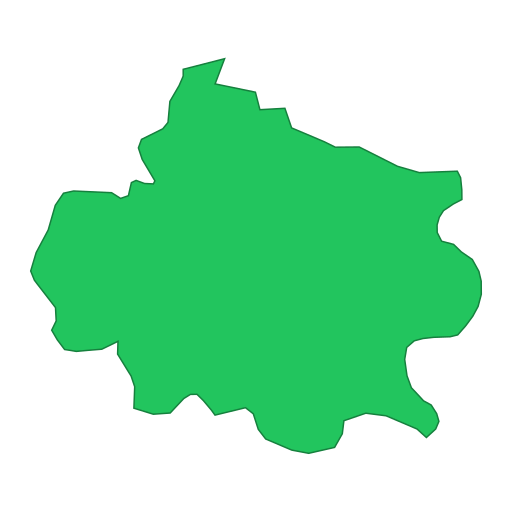 Spitak, Lori, Armenia (Albers equal-area conic projection)
{"feature_id": "60910142B40000384571079", "entity_name": "Spitak", "entity_type": "district", "adm_level": 2, "iso_a3": "ARM", "parent_name": "Armenia", "parent_adm1": "Lori", "projection": "albers", "projection_center": [44.201, 40.853], "detail": "fine", "context": "isolated", "style": "filled", "palette": "green", "viewbox_px": 512, "rotation_deg": 0, "n_neighbors": 0, "source": "geoboundaries", "source_scale": "gbopen_adm2", "svg_char_len": 1501}
<svg xmlns="http://www.w3.org/2000/svg" viewBox="0 0 512 512"><path d="M457.3,171.2L419.3,172.6L397.5,166.3L359.2,147.0L335.3,147.2L324.4,141.8L291.6,127.9L284.9,108.3L259.9,109.7L255.4,92.2L215.1,83.9L224.6,58.7L183.2,69.3L183.2,76.1L182.1,78.7L179.1,85.6L169.9,101.4L168.0,122.4L162.8,128.8L141.5,139.4L138.4,147.9L142.2,159.4L154.9,180.8L153.4,183.9L144.5,183.5L136.1,180.4L131.4,182.6L128.4,195.7L120.6,198.4L111.6,192.7L73.6,191.0L63.5,193.2L55.3,205.3L48.2,230.0L36.2,252.5L30.7,271.0L34.4,280.2L37.5,284.3L55.5,307.6L56.2,320.9L51.7,330.2L57.3,339.8L64.6,349.5L70.4,350.4L76.3,351.4L87.2,350.4L101.8,349.2L118.0,341.3L117.6,354.1L128.6,372.0L131.1,376.0L134.7,386.7L133.9,408.2L153.3,414.2L170.2,413.0L175.7,407.1L183.8,398.5L190.4,394.4L197.0,394.3L203.4,400.6L211.3,410.0L215.0,415.1L245.5,407.7L253.3,413.8L258.3,429.4L265.7,439.0L291.8,450.1L292.8,450.3L308.7,453.3L334.6,447.4L342.1,434.1L342.3,433.8L343.9,420.7L365.8,413.2L386.1,415.8L417.0,429.0L426.4,437.5L435.7,429.0L438.9,421.4L436.7,413.7L431.2,405.0L423.5,400.8L422.8,400.0L419.4,396.3L411.4,387.8L407.0,375.8L406.3,370.9L404.7,359.4L406.7,347.4L414.3,340.8L423.0,338.5L433.8,337.3L448.2,336.8L449.9,336.8L457.7,334.9L465.1,326.5L466.3,325.0L472.8,316.2L478.1,306.4L481.3,294.3L481.2,281.2L478.9,271.4L472.3,259.5L461.3,251.9L453.6,244.4L441.6,241.2L437.2,232.5L437.1,224.9L439.3,217.2L443.5,210.6L450.2,206.1L453.3,204.0L461.9,199.5L461.8,189.7L460.6,177.7L457.3,171.2Z" fill="#22c55e" stroke="#15803d" stroke-width="1.5"/></svg>